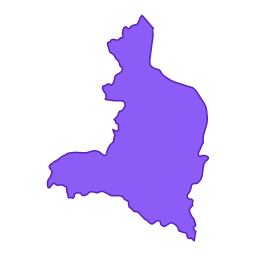 Alfenas, Minas Gerais, Brazil
{"feature_id": "56859067B80403864608636", "entity_name": "Alfenas", "entity_type": "district", "adm_level": 2, "iso_a3": "BRA", "parent_name": "Brazil", "parent_adm1": "Minas Gerais", "projection": "robinson", "projection_center": [-45.986, -21.364], "detail": "fine", "context": "isolated", "style": "filled", "palette": "violet", "viewbox_px": 256, "rotation_deg": 0, "n_neighbors": 0, "source": "geoboundaries", "source_scale": "gbopen_adm2", "svg_char_len": 4965}
<svg xmlns="http://www.w3.org/2000/svg" viewBox="0 0 256 256"><path d="M153.2,28.1L151.9,26.8L150.6,25.3L149.4,23.8L148.0,22.2L146.9,20.9L145.9,19.5L144.6,18.3L143.5,16.9L141.8,15.4L140.4,17.4L139.7,19.2L138.9,21.3L138.1,23.0L137.1,24.2L135.8,24.7L133.6,25.2L131.9,25.8L130.5,27.0L129.5,28.4L128.1,28.6L127.0,27.6L125.8,26.7L124.2,27.4L123.1,29.7L122.6,32.4L122.5,34.5L123.0,36.2L122.6,37.7L120.9,37.6L119.6,38.7L118.2,40.0L116.4,40.1L114.8,39.7L113.4,39.3L111.1,40.0L110.2,42.0L108.8,42.0L107.6,42.7L107.7,44.3L107.9,46.0L108.7,47.9L109.1,49.6L109.6,51.7L110.9,53.0L112.7,53.9L114.1,55.3L115.1,57.0L116.0,58.5L116.8,59.6L117.9,60.6L118.9,61.8L119.3,63.1L119.8,64.8L120.3,66.5L121.9,67.2L122.3,69.0L121.8,71.0L120.7,72.3L118.8,73.5L117.0,74.5L115.4,75.7L114.6,78.1L114.5,79.7L114.0,81.0L113.4,82.8L112.2,84.4L110.5,84.9L109.0,84.0L107.2,84.0L105.9,85.5L104.1,85.7L102.8,86.4L102.4,87.9L103.1,90.1L104.2,92.0L105.2,93.2L106.0,95.2L106.0,97.3L105.3,99.0L106.7,99.8L108.4,99.9L110.5,100.1L112.1,100.3L113.5,100.6L115.5,100.7L117.5,100.7L118.9,100.7L120.1,100.7L121.7,100.8L123.4,101.4L124.7,102.5L125.0,104.1L125.0,105.6L124.4,107.1L123.8,108.4L122.9,109.6L121.3,111.0L119.6,111.2L118.5,113.4L117.6,115.8L116.5,117.3L115.4,118.4L114.1,119.5L115.6,121.3L116.1,123.2L117.2,123.8L118.4,124.6L118.3,126.5L118.4,128.4L118.5,130.0L117.0,131.0L115.5,131.1L114.3,130.1L113.0,129.7L113.6,132.2L114.3,133.6L115.0,135.3L114.1,137.4L113.8,138.8L113.8,140.7L112.7,142.5L111.3,143.7L109.8,145.4L108.8,147.1L107.8,149.1L107.0,151.6L106.6,153.6L105.8,155.1L104.5,155.5L103.3,154.9L101.7,153.9L100.2,152.6L99.0,151.8L97.5,151.3L95.9,150.8L94.0,150.8L92.1,151.1L90.3,151.6L88.8,152.1L87.0,152.6L85.3,152.9L84.0,152.9L82.1,152.7L79.8,152.6L78.0,152.5L76.3,152.4L74.6,152.4L72.7,152.6L71.3,152.8L69.4,153.0L67.6,153.5L66.2,154.5L64.7,155.2L63.2,155.8L61.7,156.9L60.2,157.9L59.0,158.8L57.8,159.8L56.5,160.5L55.0,161.3L53.7,162.1L52.5,163.1L51.2,163.9L50.2,165.0L49.3,166.3L49.6,168.0L51.2,169.8L52.0,171.4L51.6,173.3L51.0,175.1L50.4,176.7L49.6,178.0L48.7,179.1L47.9,180.5L47.5,182.3L47.5,184.7L47.8,187.0L48.9,187.9L50.3,187.1L51.5,185.4L53.0,183.4L54.6,183.6L55.9,184.7L57.1,185.2L59.2,185.1L61.3,184.7L63.0,185.3L64.7,186.3L66.2,186.7L66.8,189.0L66.7,190.9L67.3,193.2L68.0,195.3L68.4,197.7L69.9,197.7L71.4,197.7L72.8,198.2L74.2,196.9L74.4,194.6L75.6,193.4L77.0,192.7L78.9,193.0L80.6,193.1L81.7,194.8L83.6,195.7L85.7,195.1L87.4,194.2L88.3,193.1L89.5,192.3L90.7,191.7L92.3,191.9L94.5,192.1L96.5,192.9L98.2,192.4L99.6,192.0L101.4,191.3L103.3,191.6L105.0,192.4L106.3,193.2L107.7,193.7L109.3,194.6L110.5,195.4L112.1,195.7L113.6,195.8L115.3,195.7L116.8,195.7L118.5,195.6L120.1,196.0L121.9,196.2L123.1,197.3L124.2,199.0L126.0,200.2L127.5,200.8L128.4,201.7L128.6,203.4L128.6,205.4L129.4,207.3L131.1,208.4L132.1,209.4L133.4,210.8L135.2,211.7L137.1,211.7L138.5,212.6L140.1,214.2L141.4,215.7L142.8,217.1L144.1,218.6L145.2,219.4L147.0,220.4L149.1,222.3L150.5,223.5L152.1,224.1L153.7,223.1L155.0,222.3L156.4,220.9L158.1,220.7L160.2,221.2L160.7,224.1L161.7,225.3L163.2,226.2L164.8,226.3L166.2,225.5L168.0,224.3L169.7,223.3L171.6,222.7L173.5,223.4L175.0,224.6L176.7,225.8L177.7,227.4L178.5,229.2L179.0,231.0L180.8,231.4L182.6,232.3L184.5,232.5L185.9,233.0L186.9,234.4L187.2,236.6L188.3,238.3L189.8,238.4L191.5,238.3L192.7,239.7L194.3,240.6L194.7,238.0L194.9,235.4L195.4,233.2L195.9,231.6L194.3,230.2L193.4,227.8L194.4,226.5L195.7,225.6L195.2,223.7L194.6,221.2L193.7,218.8L192.1,216.9L191.0,214.8L190.0,212.6L189.3,210.4L190.0,208.6L190.9,207.5L191.8,206.5L192.7,205.1L192.3,202.9L193.0,200.7L191.6,199.3L189.9,199.1L188.4,198.6L187.1,197.1L187.3,195.4L187.9,194.0L189.3,192.3L190.2,190.4L190.8,188.6L191.1,186.9L191.7,184.9L192.8,183.8L194.1,183.6L196.0,183.6L197.7,183.0L199.1,181.5L200.1,180.3L200.9,179.2L201.5,177.8L202.1,175.8L202.5,172.9L202.8,170.7L203.0,168.9L203.3,167.1L203.6,165.7L204.0,163.8L205.0,161.9L206.4,160.6L207.9,159.3L208.5,157.6L206.9,156.2L205.0,155.7L202.7,155.4L200.9,156.0L199.4,156.5L198.2,154.7L198.7,152.2L199.6,150.3L200.3,149.0L200.8,147.5L201.3,146.1L202.2,144.4L203.2,142.9L203.2,141.1L203.1,138.3L203.5,135.6L203.8,133.8L204.3,132.0L205.0,130.0L205.7,127.6L206.5,124.9L206.9,122.8L207.1,121.3L207.3,119.6L207.2,116.4L206.9,114.0L206.7,111.9L206.4,109.4L205.9,107.0L205.1,105.3L204.2,103.6L203.3,101.9L202.3,100.5L201.5,99.2L200.2,97.4L199.3,95.8L198.4,94.6L197.6,93.3L196.9,92.1L195.9,90.8L194.6,89.3L192.7,87.7L190.5,87.0L188.8,86.6L187.2,86.1L185.7,85.7L183.8,85.0L181.8,84.3L180.6,83.9L178.9,83.4L177.1,82.8L175.7,82.4L174.3,81.9L172.8,81.2L171.1,80.5L169.6,79.6L167.8,78.5L165.8,77.2L164.0,75.9L162.5,74.5L161.3,72.8L160.4,71.1L159.1,69.8L157.5,69.3L155.7,68.8L154.2,68.3L152.6,67.4L151.2,66.2L150.3,65.0L149.9,63.3L149.7,61.0L149.8,59.4L150.2,57.3L150.4,55.3L150.7,53.0L150.9,51.3L151.2,49.0L151.5,46.7L151.7,45.2L151.9,43.7L152.3,41.3L152.7,38.3L153.0,35.7L152.9,33.7L152.7,31.7L152.6,29.7L153.2,28.1Z" fill="#8b5cf6" stroke="#5b21b6" stroke-width="1.5"/></svg>